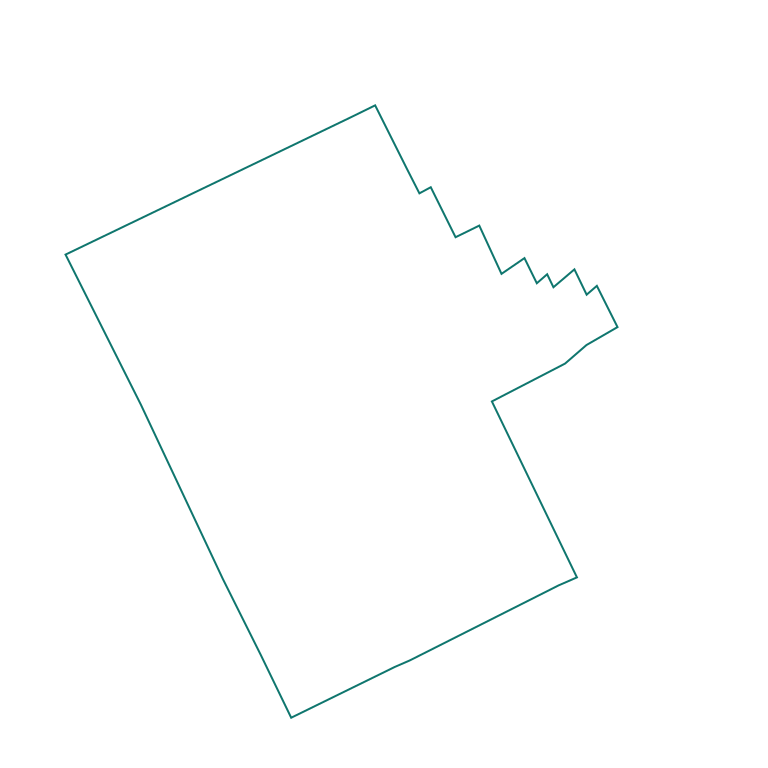 Shannon, Missouri, United States of America, rotated 333°
{"feature_id": "52423323B94843923052061", "entity_name": "Shannon", "entity_type": "district", "adm_level": 2, "iso_a3": "USA", "parent_name": "United States of America", "parent_adm1": "Missouri", "projection": "equal_earth", "projection_center": [-91.258, 37.153], "detail": "fine", "context": "isolated", "style": "outline", "palette": "teal", "viewbox_px": 768, "rotation_deg": 333, "n_neighbors": 0, "source": "geoboundaries", "source_scale": "gbopen_adm2", "svg_char_len": 514}
<svg xmlns="http://www.w3.org/2000/svg" viewBox="0 0 768 768"><g transform="rotate(333 384 384)"><path d="M151.9,484.5L151.2,569.7L149.8,639.2L265.3,641.0L281.4,642.0L448.1,642.7L468.1,643.9L472.2,448.5L554.6,448.0L582.1,441.2L617.9,439.3L618.2,393.2L605.1,396.4L605.7,368.3L578.9,374.7L579.2,360.3L565.9,363.6L566.3,335.6L538.7,339.2L540.8,286.1L514.4,285.7L515.0,229.9L502.1,230.2L502.1,202.1L502.6,131.7L476.0,131.3L159.0,124.1L158.0,292.1L151.9,484.5Z" fill="none" stroke="#0f766e" stroke-width="2"/></g></svg>